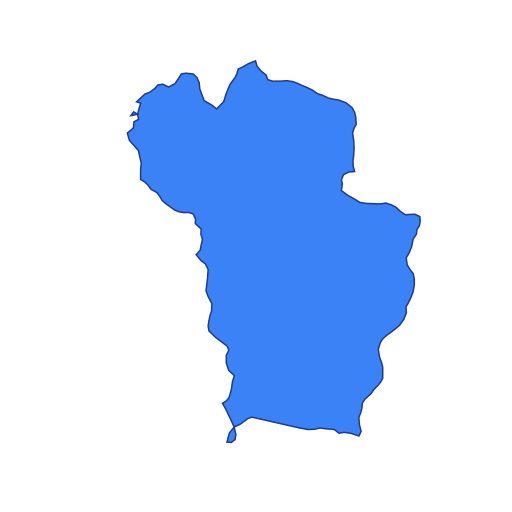 outline of Tabatinga, São Paulo, Brazil, rotated 107°
{"feature_id": "56859067B81349085516889", "entity_name": "Tabatinga", "entity_type": "district", "adm_level": 2, "iso_a3": "BRA", "parent_name": "Brazil", "parent_adm1": "São Paulo", "projection": "albers", "projection_center": [-48.634, -21.727], "detail": "fine", "context": "isolated", "style": "filled", "palette": "blue", "viewbox_px": 512, "rotation_deg": 107, "n_neighbors": 0, "source": "geoboundaries", "source_scale": "gbopen_adm2", "svg_char_len": 2678}
<svg xmlns="http://www.w3.org/2000/svg" viewBox="0 0 512 512"><g transform="rotate(107 256 256)"><path d="M155.1,410.7L159.6,408.2L163.3,411.9L169.5,410.7L176.0,415.0L182.4,410.9L186.4,404.4L189.5,399.3L195.2,396.1L200.9,392.8L206.7,391.7L211.4,390.3L216.6,388.7L217.6,384.5L219.6,380.3L223.0,375.7L224.3,369.3L227.1,365.5L230.5,361.8L232.9,356.0L235.9,347.0L236.2,342.4L235.7,338.2L234.0,332.7L234.2,328.3L238.4,324.6L242.8,323.5L246.1,316.4L251.2,315.1L255.9,312.0L261.9,311.6L266.8,311.1L272.3,313.6L276.6,307.0L278.3,302.1L283.0,297.8L292.7,295.6L297.9,294.7L303.9,293.6L308.2,290.4L314.6,284.2L321.7,282.4L326.2,282.6L332.6,282.0L337.0,281.3L341.5,279.0L343.7,274.6L345.6,270.9L347.3,266.3L349.1,261.4L350.5,257.5L354.0,254.4L359.5,255.4L367.1,253.1L373.4,248.6L376.8,241.7L382.6,241.8L391.2,240.5L399.2,240.4L403.2,242.0L406.7,245.0L411.3,240.1L421.7,230.6L425.9,226.9L421.1,221.6L413.8,216.3L411.3,212.9L407.8,165.3L406.8,155.8L404.6,149.4L401.8,144.6L400.7,138.0L399.0,130.4L401.2,124.9L398.8,119.9L397.8,113.4L398.0,104.9L393.0,104.2L387.2,107.7L380.5,110.4L373.9,110.0L369.5,110.4L365.5,111.3L360.7,109.8L354.1,105.8L348.7,104.0L343.7,101.4L339.7,99.8L335.8,99.1L325.3,102.3L320.7,105.1L316.9,108.1L309.5,111.8L302.7,111.8L298.3,110.7L293.4,107.7L290.1,105.1L285.3,101.7L280.2,98.4L273.2,96.1L266.2,95.6L260.8,97.7L257.0,96.8L251.2,95.8L244.7,95.3L237.6,96.1L231.7,97.9L226.9,100.5L223.9,104.8L220.3,108.8L213.8,111.8L207.9,110.4L201.2,109.9L193.8,110.7L188.1,108.9L184.0,109.9L179.3,108.6L174.4,109.2L170.4,110.9L169.6,116.2L171.0,120.3L172.9,125.3L171.1,131.0L168.5,136.4L167.5,141.4L167.4,147.3L170.0,152.6L171.6,159.0L173.5,166.0L174.4,172.2L172.4,180.1L171.0,186.4L168.4,193.6L161.7,194.5L158.1,196.6L152.7,196.1L148.6,191.9L146.4,186.4L141.7,189.3L136.7,191.1L131.2,192.0L123.9,193.8L117.0,196.3L110.1,199.6L105.3,199.6L100.8,198.7L94.5,201.0L90.1,203.5L86.1,207.4L83.1,214.9L82.7,222.3L83.4,228.1L83.8,232.9L82.8,239.4L82.8,244.5L80.8,250.8L79.8,257.8L79.4,262.5L78.7,266.8L78.5,272.0L79.3,277.6L81.7,283.9L83.9,291.0L83.9,296.4L80.0,299.2L77.8,304.8L74.2,310.5L69.5,313.5L74.5,319.7L79.4,324.2L82.4,327.7L87.6,327.6L91.7,328.3L98.7,330.8L103.5,331.5L110.2,332.0L117.9,332.0L126.9,336.7L124.8,341.7L123.7,346.1L122.6,351.0L112.7,358.6L106.7,361.1L102.7,364.6L100.3,369.2L101.6,376.3L103.7,380.6L109.1,382.1L114.9,383.9L119.9,388.9L119.0,395.5L121.2,399.8L125.6,401.9L130.6,405.6L133.6,409.6L138.8,412.6L143.5,415.3L143.5,410.9L148.3,411.0L155.1,410.7ZM425.9,226.9L433.0,229.7L437.7,229.6L442.5,229.3L441.5,225.1L437.7,222.4L432.7,223.0L425.9,226.9ZM155.1,410.7L153.9,415.1L158.3,416.7L155.1,410.7Z" fill="#3b82f6" stroke="#1e3a8a" stroke-width="1.5"/></g></svg>